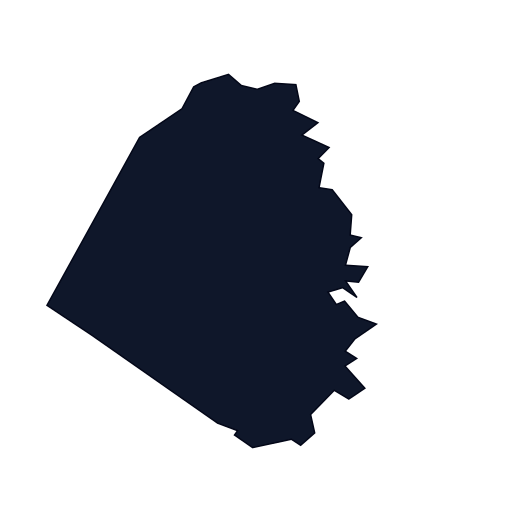 outline of Washington, Kentucky, United States of America, rotated 119°
{"feature_id": "52423323B50785564442129", "entity_name": "Washington", "entity_type": "district", "adm_level": 2, "iso_a3": "USA", "parent_name": "United States of America", "parent_adm1": "Kentucky", "projection": "equal_earth", "projection_center": [-85.219, 37.774], "detail": "fine", "context": "isolated", "style": "filled", "palette": "ink", "viewbox_px": 512, "rotation_deg": 119, "n_neighbors": 0, "source": "geoboundaries", "source_scale": "gbopen_adm2", "svg_char_len": 802}
<svg xmlns="http://www.w3.org/2000/svg" viewBox="0 0 512 512"><g transform="rotate(119 256 256)"><path d="M86.8,304.2L95.9,323.4L109.6,335.7L114.0,351.5L110.5,368.1L131.0,387.8L138.3,392.5L163.1,392.1L208.7,415.3L285.7,415.1L400.5,414.9L403.5,378.0L404.8,361.9L420.8,208.5L417.7,187.4L423.0,188.0L425.2,166.1L399.1,136.2L399.9,125.2L382.3,118.9L368.2,131.4L335.5,122.5L336.1,105.5L318.9,96.7L309.1,124.9L296.8,118.3L296.0,131.8L280.5,129.3L257.2,117.7L260.2,137.1L252.5,156.7L259.5,162.2L252.7,175.6L241.7,164.9L243.3,147.6L234.4,165.6L229.2,153.6L211.2,153.1L220.7,173.3L202.8,177.7L189.0,172.8L192.0,183.8L173.5,192.3L161.1,221.5L165.7,234.0L142.0,241.6L140.7,248.9L125.7,244.7L128.0,274.5L109.4,266.5L110.8,294.3L99.8,293.1L86.8,304.2Z" fill="#0f172a" stroke="#020617" stroke-width="1.5"/></g></svg>